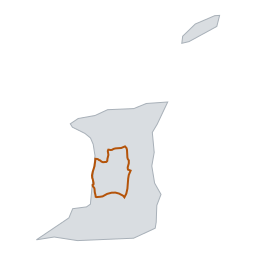 where Couva-Tabaquite-Talparo sits in Trinidad and Tobago
{"feature_id": "TTO-58", "entity_name": "Couva-Tabaquite-Talparo", "entity_type": "Region", "adm_level": 1, "iso_a3": "TTO", "parent_name": "Trinidad and Tobago", "parent_adm1": "", "projection": "equal_earth", "projection_center": [-61.362, 10.449], "detail": "fine", "context": "in_parent", "style": "outline", "palette": "amber", "viewbox_px": 256, "rotation_deg": 0, "n_neighbors": 0, "source": "natural_earth", "source_scale": "10m", "svg_char_len": 1378}
<svg xmlns="http://www.w3.org/2000/svg" viewBox="0 0 256 256"><path d="M155.2,228.2L133.6,238.2L77.5,240.6L54.2,237.0L36.4,239.8L68.9,217.9L72.7,208.7L86.5,206.9L90.4,204.2L95.0,155.8L93.2,144.3L90.5,138.0L84.9,133.4L72.4,127.2L70.3,123.8L78.2,118.5L95.0,115.5L107.6,109.7L133.7,108.6L146.3,103.5L167.7,102.0L157.2,124.2L152.3,132.4L154.2,152.4L151.8,166.0L154.6,183.1L161.0,194.4L156.8,205.4L156.2,222.2L155.2,228.2ZM189.0,41.6L181.8,43.3L182.7,36.2L195.3,24.0L214.7,15.7L219.6,15.4L216.8,26.4L189.0,41.6Z" fill="#d9dde1" stroke="#a8b0b8" stroke-width="1"/><path d="M95.7,196.8L95.5,195.2L94.8,192.3L94.5,188.9L94.2,187.9L93.1,186.6L92.7,185.9L92.6,184.9L93.0,184.6L93.4,184.5L93.6,184.0L93.5,182.6L92.7,179.1L92.2,177.9L92.0,175.3L92.7,171.8L94.5,166.2L95.4,159.4L95.4,158.8L97.2,159.0L98.1,159.3L99.1,160.1L100.3,160.5L101.4,161.6L103.0,162.2L106.4,161.9L107.3,160.8L107.4,159.0L108.4,154.9L107.8,151.1L108.3,149.7L109.0,149.7L110.3,150.0L111.9,149.9L113.6,148.9L115.5,148.4L121.2,148.0L125.0,146.4L126.5,148.1L127.0,150.0L127.4,157.5L127.8,159.0L128.8,160.4L128.8,163.3L127.7,167.3L127.8,168.8L128.0,169.6L130.6,170.6L128.8,174.9L128.2,178.5L127.4,188.7L126.3,193.6L124.4,197.3L123.2,195.8L121.6,194.9L120.5,194.4L119.4,193.7L117.7,193.2L115.4,192.6L111.6,192.7L107.1,193.9L102.6,196.4L99.9,196.8L96.4,197.1L95.7,196.8Z" fill="none" stroke="#b45309" stroke-width="2"/></svg>